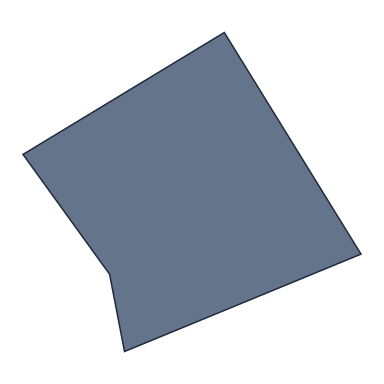 outline of 46, Ad Dawhah, Qatar
{"feature_id": "91078587B47528801235686", "entity_name": "46", "entity_type": "district", "adm_level": 2, "iso_a3": "QAT", "parent_name": "Qatar", "parent_adm1": "Ad Dawhah", "projection": "equal_earth", "projection_center": [51.544, 25.231], "detail": "fine", "context": "isolated", "style": "filled", "palette": "slate", "viewbox_px": 384, "rotation_deg": 0, "n_neighbors": 0, "source": "geoboundaries", "source_scale": "gbopen_adm2", "svg_char_len": 223}
<svg xmlns="http://www.w3.org/2000/svg" viewBox="0 0 384 384"><path d="M224.3,32.5L223.6,32.9L223.1,33.2L23.0,154.4L109.6,274.3L124.5,351.5L361.0,254.1L224.3,32.5Z" fill="#64748b" stroke="#1e293b" stroke-width="1.5"/></svg>